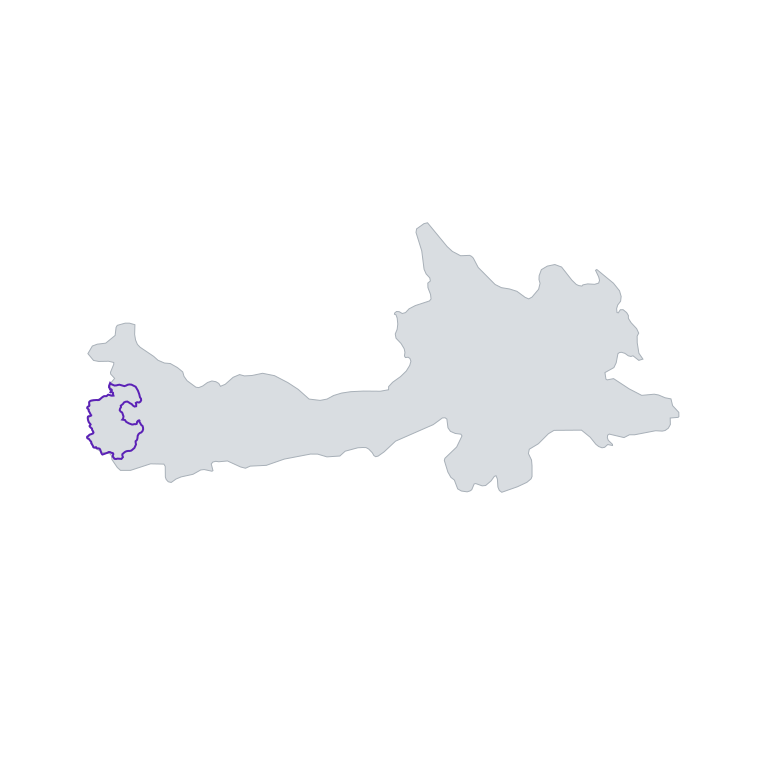 Laos, with Attapu highlighted, rotated 119°
{"feature_id": "LAO-3294", "entity_name": "Attapu", "entity_type": "Province", "adm_level": 1, "iso_a3": "LAO", "parent_name": "Laos", "parent_adm1": "", "projection": "natural_earth1", "projection_center": [106.906, 14.792], "detail": "fine", "context": "in_parent", "style": "outline", "palette": "violet", "viewbox_px": 768, "rotation_deg": 119, "n_neighbors": 0, "source": "natural_earth", "source_scale": "10m", "svg_char_len": 6504}
<svg xmlns="http://www.w3.org/2000/svg" viewBox="0 0 768 768"><g transform="rotate(119 384 384)"><path d="M290.3,117.8L293.2,123.8L307.0,140.3L309.4,144.7L314.5,148.1L318.6,162.7L320.4,163.6L322.7,162.6L324.5,160.6L326.0,154.9L327.0,154.3L328.5,159.0L332.4,160.3L334.1,162.4L334.6,165.9L334.0,169.5L330.6,177.8L328.6,188.9L342.1,212.8L347.8,216.1L361.4,220.0L370.6,225.3L374.8,224.0L379.0,218.1L383.9,214.8L393.1,209.7L395.7,209.4L400.8,211.4L409.1,217.4L421.6,228.5L421.2,231.5L418.9,234.4L412.1,238.8L409.9,241.6L411.3,242.7L416.9,243.4L423.5,245.9L425.5,248.8L426.6,255.5L427.7,256.7L433.9,256.0L435.8,256.9L438.0,259.0L440.1,264.5L440.0,268.7L433.9,275.9L433.2,280.3L430.0,285.5L421.6,294.2L419.4,294.7L403.9,289.9L391.6,290.6L390.6,292.4L392.7,297.7L393.2,302.9L391.3,306.8L384.2,312.0L383.9,314.2L385.4,316.5L395.6,321.2L428.4,346.2L443.3,351.0L449.9,354.2L451.6,356.0L451.5,358.1L449.8,360.9L448.3,365.8L448.3,368.8L449.8,371.7L452.4,375.9L461.6,385.4L468.4,387.7L475.4,398.6L477.5,408.1L480.9,414.3L498.0,434.8L512.2,447.5L520.7,461.2L524.8,464.3L526.1,469.2L527.2,483.6L532.1,490.8L533.2,493.7L535.3,495.9L537.7,496.3L542.7,491.6L543.7,492.2L546.0,499.8L548.0,502.6L555.6,507.3L563.6,516.4L567.9,519.8L573.3,522.4L574.1,525.3L573.1,528.2L571.4,530.1L562.1,535.4L560.8,537.7L567.0,549.5L582.5,563.9L587.3,572.6L586.3,576.8L582.0,585.3L578.8,587.5L577.9,590.2L580.3,597.1L580.1,607.7L577.1,610.3L574.4,616.8L572.5,617.2L567.7,614.9L557.8,626.1L553.5,625.5L548.4,631.8L542.0,632.6L537.6,627.9L528.1,620.5L524.7,615.8L521.7,619.8L516.7,623.7L509.7,622.3L507.8,627.9L506.4,628.9L497.8,629.9L496.2,630.8L497.6,635.9L502.6,644.5L504.2,649.5L501.0,657.7L492.2,657.5L488.2,654.1L483.2,647.2L471.9,642.7L464.3,645.8L462.0,645.7L456.3,639.9L454.2,636.1L452.9,630.6L461.6,626.1L466.0,622.6L468.9,618.9L470.1,615.0L471.5,598.9L472.8,593.2L472.1,586.2L469.7,580.8L469.8,572.5L471.0,565.9L474.3,562.6L476.6,557.8L478.0,547.0L477.0,544.3L473.7,541.6L468.3,539.1L464.8,536.0L463.5,532.2L463.6,528.8L465.3,525.9L461.2,522.7L451.3,519.2L445.8,514.9L444.6,510.0L440.5,503.5L433.5,495.4L429.8,483.8L429.4,468.7L430.3,456.4L433.5,442.2L429.3,431.9L424.8,426.5L418.5,422.5L412.5,416.7L406.8,409.3L400.0,398.3L392.1,383.7L386.8,377.2L384.0,378.7L378.3,377.3L369.5,373.1L361.9,370.8L355.3,370.5L351.0,371.5L349.1,373.7L348.9,375.9L350.5,378.1L349.6,379.7L346.2,381.0L343.4,383.4L340.3,388.7L338.1,395.7L334.8,398.4L329.8,399.0L324.9,401.0L320.0,404.4L317.7,407.0L317.9,408.7L316.9,409.1L314.5,408.2L313.4,405.8L313.5,402.2L311.1,399.8L306.0,398.5L300.2,394.6L289.3,384.5L286.8,384.1L283.1,386.7L278.4,392.3L274.5,394.6L271.4,393.4L269.0,395.4L267.3,400.5L264.2,404.6L249.3,415.5L235.9,429.5L232.5,430.7L224.4,426.8L221.9,424.1L233.2,395.4L234.9,388.4L234.7,379.2L230.0,371.5L229.9,369.3L230.6,366.9L236.4,358.1L243.1,335.1L242.8,328.0L240.0,320.2L238.5,312.7L239.8,302.6L239.4,298.7L236.3,296.7L226.2,294.7L220.3,296.3L217.5,299.1L214.1,300.8L207.7,301.8L201.7,298.3L196.7,292.5L195.6,285.4L202.1,270.0L203.7,264.1L203.5,261.4L202.4,258.4L200.9,258.1L197.7,254.4L194.7,248.1L191.7,245.2L188.9,245.7L186.3,248.1L182.0,254.1L180.7,253.4L184.6,232.2L188.3,223.2L192.5,219.0L196.9,217.2L201.5,217.9L205.3,217.1L208.5,214.9L208.2,213.6L204.5,213.3L203.1,210.9L203.9,206.4L205.6,203.5L208.1,202.1L210.6,197.6L213.1,189.9L216.0,185.9L219.4,185.8L225.2,182.5L233.5,176.0L236.7,169.6L239.8,172.6L238.6,179.9L240.2,181.4L240.9,184.0L240.4,188.1L241.1,191.6L242.3,193.3L244.1,194.1L252.9,191.2L258.2,190.9L266.9,196.3L272.1,192.3L272.2,190.8L268.0,185.8L269.4,167.2L269.0,153.1L261.9,142.7L260.5,138.5L259.8,131.6L257.9,125.8L263.0,121.1L265.9,112.4L269.5,110.3L270.6,110.6L275.0,117.2L280.6,113.9L284.8,113.9L288.4,115.6L290.3,117.8Z" fill="#d9dde1" stroke="#a8b0b8" stroke-width="1"/><path d="M579.1,586.1L577.6,586.6L576.6,586.7L576.0,587.3L576.0,588.1L576.4,589.2L576.3,590.1L576.5,590.9L576.9,591.7L577.6,592.2L578.4,592.7L581.7,595.6L582.2,596.1L582.0,596.8L581.2,598.0L578.9,600.5L578.5,601.4L578.7,602.4L579.2,603.4L579.5,604.3L578.9,605.1L579.2,605.7L579.8,606.2L580.2,606.8L580.1,607.7L579.4,608.4L577.6,611.5L576.7,611.9L576.4,612.3L576.0,613.8L575.8,614.2L575.4,614.8L575.2,615.3L575.2,615.8L575.3,616.3L575.3,616.9L575.1,617.4L574.4,618.0L573.8,618.0L572.5,617.3L571.5,617.1L570.9,616.8L569.9,615.8L568.4,614.6L567.4,614.5L566.6,615.3L565.7,616.9L565.4,617.2L564.8,617.6L564.5,617.9L564.5,618.3L564.3,619.6L563.8,620.9L563.3,621.2L562.5,621.0L562.4,621.0L561.6,621.0L561.2,621.8L560.9,622.9L560.4,623.9L559.0,625.4L557.3,626.7L556.1,627.1L555.5,626.8L555.0,626.0L554.1,625.2L553.5,624.8L553.3,624.9L553.3,625.2L551.7,627.5L550.6,629.4L550.4,629.5L549.7,629.7L549.1,631.3L549.1,631.7L548.9,632.0L548.2,632.2L547.6,632.1L546.6,631.4L546.1,631.2L545.6,631.3L545.2,631.4L545.0,631.7L542.9,633.1L542.1,633.0L541.3,632.7L540.5,632.1L539.1,630.4L537.2,627.4L536.8,626.4L536.5,626.0L536.1,625.5L535.9,625.3L531.9,623.9L531.2,623.5L530.3,622.9L529.3,621.0L528.7,620.6L527.5,620.3L527.0,620.0L526.8,619.4L526.5,617.4L526.3,616.6L525.6,615.4L525.3,615.0L524.1,616.3L523.7,616.5L523.4,616.5L523.1,616.7L523.0,617.3L523.0,617.9L523.1,618.4L523.4,618.7L523.8,618.9L523.8,619.3L522.9,619.2L522.2,619.0L521.7,618.9L521.1,619.3L521.0,619.5L520.9,620.0L521.0,620.4L521.6,620.8L521.4,621.2L521.0,621.6L520.8,621.7L520.2,622.9L518.8,623.6L515.9,624.0L516.5,622.4L516.2,621.6L516.2,620.8L516.0,619.0L515.0,617.4L513.9,616.3L512.9,615.1L511.7,610.0L510.4,608.8L508.9,607.8L507.8,606.4L507.0,604.6L506.8,599.9L509.1,596.0L511.6,593.1L513.9,591.0L514.7,589.4L516.0,588.5L517.6,588.5L519.0,589.3L519.6,591.1L520.9,591.9L522.1,590.7L523.6,590.0L524.7,591.3L524.5,593.3L523.9,594.9L523.9,595.8L524.0,596.6L523.8,598.3L523.8,600.0L524.9,601.5L526.3,602.5L527.9,602.6L530.6,603.7L531.7,602.8L533.4,602.9L535.0,602.5L535.8,601.0L535.9,599.2L537.0,597.9L537.9,597.0L538.5,596.2L540.8,595.4L542.0,595.6L541.1,593.1L542.1,591.1L542.1,587.9L541.6,584.7L540.9,583.7L540.2,583.0L539.6,581.8L538.8,581.0L536.6,581.6L535.4,581.3L534.5,580.6L534.6,580.3L534.6,580.1L535.8,579.5L536.5,578.0L537.0,577.3L537.5,576.5L537.6,575.7L537.8,574.8L539.0,573.6L540.4,572.7L542.2,572.4L544.0,572.8L545.4,573.9L546.9,574.4L548.8,574.3L550.6,573.5L551.8,573.1L553.0,573.0L554.5,573.5L555.8,572.7L557.1,571.6L561.0,571.3L564.7,572.7L565.8,573.9L566.7,575.5L567.7,576.7L569.0,577.6L570.7,578.3L572.3,578.8L573.5,578.1L574.5,576.9L576.8,577.3L578.4,580.8L579.5,582.0L580.1,583.5L579.2,585.3L579.1,586.1L579.1,586.1Z" fill="none" stroke="#5b21b6" stroke-width="2"/></g></svg>